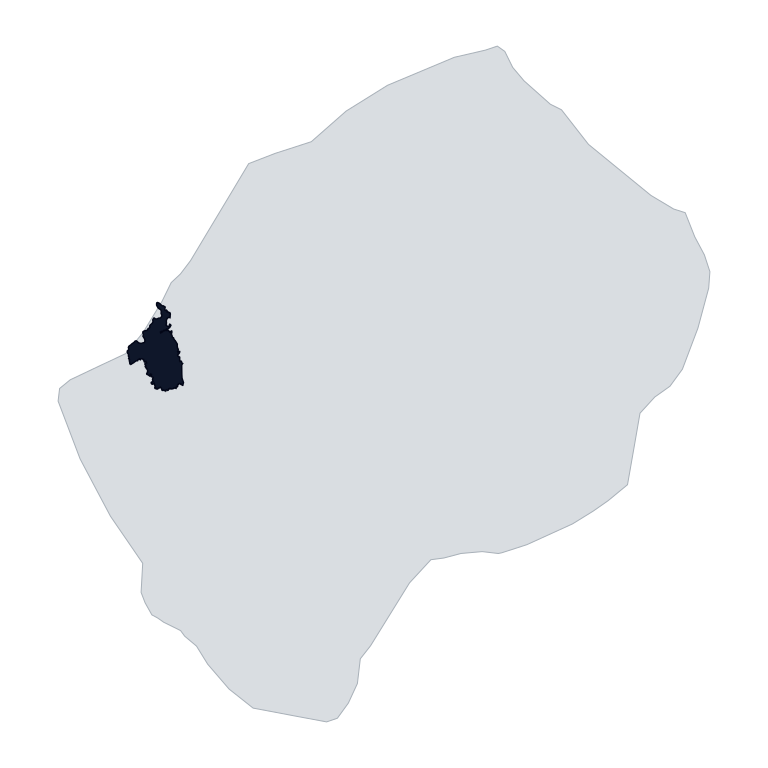 Lilala, Maseru, Lesotho shown in context
{"feature_id": "5366337B93833812873267", "entity_name": "Lilala", "entity_type": "district", "adm_level": 2, "iso_a3": "LSO", "parent_name": "Lesotho", "parent_adm1": "Maseru", "projection": "robinson", "projection_center": [27.404, -29.498], "detail": "fine", "context": "in_parent", "style": "filled", "palette": "ink", "viewbox_px": 768, "rotation_deg": 0, "n_neighbors": 0, "source": "geoboundaries", "source_scale": "gbopen_adm2", "svg_char_len": 7009}
<svg xmlns="http://www.w3.org/2000/svg" viewBox="0 0 768 768"><path d="M526.8,544.7L501.7,552.8L498.3,553.5L482.2,551.6L460.8,553.5L443.9,558.0L430.9,559.7L409.5,582.9L370.6,645.7L360.3,658.8L357.4,683.5L348.4,703.0L337.4,718.2L326.6,721.9L294.4,715.9L253.1,708.1L229.1,689.1L207.7,664.2L196.5,646.1L184.7,636.2L180.6,630.6L163.8,622.3L157.5,617.9L151.9,614.9L145.1,602.8L141.1,592.4L142.7,563.3L130.8,545.9L110.5,516.3L97.6,492.0L80.1,458.9L69.3,430.5L58.1,401.1L59.6,388.5L70.2,379.8L101.4,365.0L125.7,353.6L143.0,332.6L162.0,301.4L171.2,282.6L180.4,274.0L190.5,260.7L208.1,231.3L227.7,198.7L248.7,163.6L275.1,153.4L311.3,141.7L346.1,111.1L387.5,85.3L454.3,57.3L485.5,50.1L497.3,46.1L504.8,51.4L512.7,67.4L524.0,80.8L550.3,104.2L561.5,109.8L588.5,144.4L617.5,168.1L650.9,195.4L673.6,209.0L685.2,212.7L694.8,236.9L704.4,254.9L709.9,271.7L708.7,288.1L697.9,328.2L682.4,369.2L670.0,386.2L654.8,397.0L640.0,413.2L634.3,446.0L627.5,484.7L608.2,500.6L593.2,511.1L572.5,523.9L526.8,544.7Z" fill="#d9dde1" stroke="#a8b0b8" stroke-width="1"/><path d="M165.8,390.9L166.0,390.5L166.1,389.9L166.3,389.7L167.4,390.1L167.6,390.4L168.2,390.2L168.3,389.6L168.6,389.2L168.6,388.8L169.2,388.6L169.4,388.5L169.5,388.8L169.8,389.0L170.0,388.9L170.0,388.6L170.7,388.5L170.8,388.6L170.9,388.9L171.2,389.0L171.6,388.8L172.2,388.9L172.5,388.7L173.0,388.7L173.3,388.6L173.6,388.4L173.7,388.2L173.9,388.2L174.0,388.0L174.5,388.1L175.1,387.6L175.3,387.6L175.6,388.2L176.0,388.4L176.2,388.0L176.1,387.4L176.4,387.1L176.5,386.8L177.0,386.7L177.3,386.8L177.6,386.4L177.3,385.9L177.5,385.3L177.7,385.1L177.7,384.8L178.3,384.7L178.4,384.4L178.4,383.9L178.6,383.7L179.1,383.7L179.8,383.5L180.2,383.6L180.2,383.9L180.3,384.1L180.6,384.1L181.0,384.0L181.2,384.5L181.6,384.5L181.8,384.8L182.1,384.8L182.4,385.3L182.8,385.3L183.2,383.5L183.5,382.7L182.0,378.1L181.8,374.3L181.7,366.1L181.7,365.1L182.2,364.1L182.6,363.5L182.3,363.4L181.7,362.5L181.4,361.3L180.5,361.4L180.4,361.2L180.0,361.5L179.7,361.1L179.6,360.6L179.7,360.0L179.7,358.7L179.6,358.2L179.5,357.8L179.7,357.7L179.7,357.4L179.3,357.4L179.0,357.1L178.9,356.9L179.1,356.7L178.6,356.3L178.4,356.4L178.1,356.4L177.6,355.3L177.8,354.3L178.0,354.3L178.4,354.2L178.6,353.8L179.0,353.6L179.1,353.3L179.4,352.9L179.4,352.7L179.7,352.1L179.7,351.5L179.2,351.4L178.5,351.5L177.8,352.0L177.5,351.6L177.7,351.3L177.8,351.0L177.8,350.7L178.2,350.1L178.2,349.4L178.3,349.1L178.0,348.9L177.6,348.7L177.5,347.3L177.3,347.0L177.3,346.3L177.2,345.9L177.3,344.4L177.2,343.9L176.6,343.0L176.2,342.2L175.8,341.7L175.3,340.8L174.5,340.0L173.8,338.9L173.7,338.3L173.5,337.8L172.6,337.4L172.2,336.8L172.2,336.4L172.0,335.6L171.6,335.0L171.6,334.4L171.2,334.0L171.3,333.5L171.7,333.1L171.8,332.8L171.8,331.1L171.6,331.0L171.4,331.4L171.3,332.0L171.2,332.4L171.1,332.7L170.3,331.4L170.1,331.4L169.8,331.6L169.7,332.0L169.1,331.3L168.8,330.9L168.3,330.6L168.1,330.3L167.8,330.2L167.1,330.1L166.8,330.6L166.3,330.4L166.1,330.1L165.7,330.1L165.5,330.3L165.1,330.3L165.0,330.6L164.4,330.7L164.1,330.9L163.6,331.0L163.0,331.5L162.0,332.4L161.3,332.4L160.8,332.6L160.7,332.9L160.5,332.7L160.5,331.8L160.9,331.7L161.4,331.4L161.9,331.6L162.1,331.3L162.4,331.3L163.1,331.1L163.4,330.8L163.7,330.8L163.7,330.4L164.2,330.5L164.2,330.3L164.5,330.3L165.0,330.0L165.4,330.0L166.3,329.3L166.5,329.0L167.7,329.0L168.1,328.8L168.8,328.1L169.5,327.7L169.6,327.4L170.3,326.7L170.5,326.0L170.9,325.3L170.7,325.0L170.4,325.2L170.1,325.0L170.0,324.4L169.8,324.2L169.5,324.5L169.5,325.1L169.3,325.4L169.3,326.1L169.1,326.3L168.8,326.3L168.3,326.5L167.9,326.5L167.4,326.3L166.8,325.8L166.6,325.2L166.1,325.2L166.0,324.8L166.2,324.1L166.3,323.5L166.5,323.2L166.4,321.8L166.3,321.6L166.3,321.3L166.2,321.0L166.9,318.9L167.2,318.5L167.2,318.3L167.6,318.2L168.0,317.6L168.9,317.4L170.0,317.7L170.2,315.8L170.1,315.2L170.3,314.8L170.3,314.0L170.2,313.5L170.2,313.2L169.9,312.9L169.7,312.6L169.1,312.7L168.5,312.1L168.3,312.1L167.9,312.3L167.1,312.0L167.1,311.7L167.4,311.3L167.3,311.1L166.8,310.6L166.5,310.1L166.2,310.1L165.7,310.5L165.2,310.3L164.7,309.7L164.7,309.4L164.9,308.9L164.8,308.2L165.2,307.1L165.0,306.9L163.9,306.3L163.6,305.9L163.0,306.0L162.1,305.7L161.3,305.1L160.0,303.8L159.4,303.3L158.1,302.7L157.6,302.5L157.0,302.7L156.7,303.0L156.6,303.8L156.6,305.1L157.0,306.0L158.0,307.7L159.2,308.8L160.4,309.5L160.7,309.9L161.1,310.4L161.2,310.7L161.2,312.5L161.1,313.5L161.7,314.8L161.9,315.6L161.9,315.8L161.5,316.7L160.8,317.6L160.4,318.0L158.4,318.2L157.5,318.8L156.9,318.9L155.8,319.1L155.3,318.8L154.4,318.1L154.1,318.0L153.9,318.0L153.0,319.3L152.8,319.8L152.8,320.2L153.0,321.3L152.9,322.0L152.1,323.4L150.2,325.1L149.9,325.6L149.8,326.0L149.8,327.4L149.5,327.8L149.2,328.1L148.6,328.3L148.1,328.6L147.5,329.8L146.8,330.5L146.5,330.5L146.0,330.5L144.5,330.9L143.8,331.2L143.0,331.7L142.9,332.2L142.9,333.2L143.4,334.4L143.0,336.3L143.1,336.6L143.6,337.1L144.0,337.9L144.6,339.0L144.9,340.2L144.9,341.3L144.6,342.0L144.3,342.5L143.9,342.7L143.1,342.8L141.8,343.3L140.8,343.4L139.1,343.0L138.4,342.7L138.1,342.4L137.4,341.6L136.5,340.9L135.3,341.0L135.1,341.1L134.1,342.3L131.7,344.0L130.7,345.0L129.3,345.9L128.9,346.3L128.4,347.4L128.7,348.9L128.7,349.3L128.2,350.2L127.3,351.0L127.3,351.4L127.5,352.8L127.7,353.2L128.4,354.2L128.5,354.9L128.4,355.8L128.5,356.3L128.6,356.6L128.9,357.0L129.0,357.6L129.0,358.1L128.7,358.4L128.6,358.6L128.8,358.9L129.4,359.3L129.5,359.5L129.3,360.7L129.7,362.2L129.7,362.6L129.9,363.0L129.8,363.7L130.2,363.7L130.6,363.9L130.8,364.4L131.1,364.3L131.4,364.0L133.4,362.8L133.7,362.7L134.3,362.1L136.2,360.8L136.9,360.7L137.2,360.8L137.6,360.7L137.7,359.9L137.8,359.7L138.8,359.5L139.1,359.2L139.3,358.7L139.5,358.7L139.8,358.9L140.0,359.5L140.3,359.8L140.6,359.6L140.8,358.9L141.6,358.7L142.1,358.7L142.5,358.9L143.3,359.8L143.7,359.7L144.1,361.4L144.3,361.9L144.5,362.0L145.0,361.6L145.8,361.5L146.0,361.4L146.4,362.1L146.6,362.9L146.6,363.0L145.7,363.1L145.1,363.5L144.9,363.9L144.9,364.2L145.2,364.6L145.6,364.9L145.6,365.2L145.9,365.7L145.9,365.9L145.2,366.3L145.3,366.7L145.6,367.2L146.2,367.6L146.3,368.5L147.0,368.8L147.1,369.5L147.7,370.4L147.6,371.3L147.8,371.8L147.2,372.3L147.2,372.5L147.4,372.7L147.3,372.8L147.1,373.3L146.7,373.6L146.8,374.2L147.0,374.4L147.8,374.7L148.5,375.1L149.8,376.1L150.1,376.0L150.1,375.2L150.5,374.6L150.2,374.4L150.2,374.2L150.6,374.0L151.1,374.3L151.5,374.4L151.5,374.6L151.2,376.1L151.3,376.7L151.6,376.8L152.5,376.9L152.8,377.1L153.1,377.4L152.8,378.5L152.5,379.3L152.8,380.7L153.2,381.4L152.8,381.7L151.5,382.1L151.4,382.5L151.1,382.9L151.8,384.0L152.1,384.2L152.7,384.2L153.2,384.0L154.1,383.2L154.4,383.7L154.6,385.0L155.3,386.2L155.3,386.5L154.9,386.9L154.8,387.4L154.9,388.2L155.0,388.3L155.7,387.8L155.9,387.9L156.1,388.9L156.4,389.0L157.2,388.7L157.7,389.0L158.0,388.5L158.7,388.0L159.7,387.9L160.0,387.3L160.5,387.1L160.9,387.6L161.5,388.2L161.5,388.7L162.1,390.3L162.5,390.4L163.0,390.5L163.3,390.3L163.4,390.0L163.6,390.0L164.3,390.3L164.9,390.8L165.6,390.6L165.8,390.9Z" fill="#0f172a" stroke="#020617" stroke-width="1.5"/></svg>